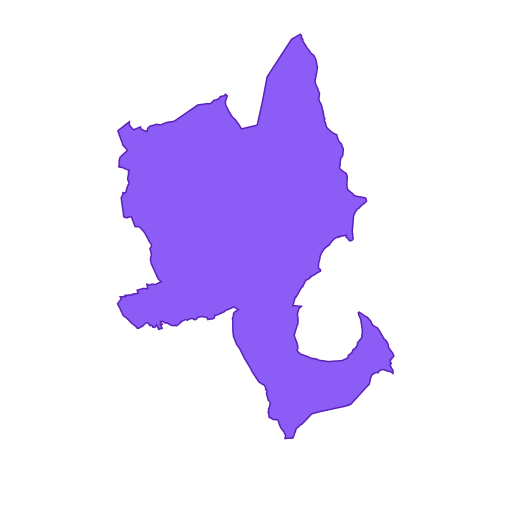 Cojumatlán de Régules, Michoacán, Mexico (Robinson projection), rotated 62°
{"feature_id": "50627088B52611553865920", "entity_name": "Cojumatlán de Régules", "entity_type": "district", "adm_level": 2, "iso_a3": "MEX", "parent_name": "Mexico", "parent_adm1": "Michoacán", "projection": "robinson", "projection_center": [-102.864, 20.109], "detail": "fine", "context": "isolated", "style": "filled", "palette": "violet", "viewbox_px": 512, "rotation_deg": 62, "n_neighbors": 0, "source": "geoboundaries", "source_scale": "gbopen_adm2", "svg_char_len": 6104}
<svg xmlns="http://www.w3.org/2000/svg" viewBox="0 0 512 512"><g transform="rotate(62 256 256)"><path d="M81.0,112.7L81.3,122.8L103.0,162.0L122.9,178.0L141.0,193.5L137.0,209.1L132.3,209.4L126.3,210.2L122.3,211.6L115.9,212.0L108.6,211.9L105.5,210.8L101.2,206.2L98.8,207.1L99.6,208.6L98.5,212.6L99.0,213.9L99.6,214.9L99.5,217.6L98.8,220.0L100.0,224.1L99.9,225.4L98.4,228.0L97.0,232.0L95.3,236.4L98.4,262.9L98.5,265.6L98.0,267.3L96.9,269.9L96.2,272.0L95.7,275.6L95.6,278.7L93.1,281.9L92.7,283.0L92.7,283.9L92.4,285.5L92.1,286.6L91.7,287.4L91.7,289.3L92.0,289.9L91.9,290.2L92.2,291.1L93.6,292.9L95.1,293.7L93.6,295.0L93.1,295.7L89.7,297.9L87.8,297.4L87.1,304.9L82.4,306.1L80.7,306.2L78.0,304.8L80.4,318.4L80.8,319.3L95.5,321.3L95.5,321.5L102.3,319.8L105.0,329.6L106.1,330.8L108.7,332.8L110.8,333.7L111.3,333.6L112.2,335.0L112.9,335.3L115.5,332.1L119.1,329.4L120.8,327.6L122.0,329.3L122.6,329.6L123.4,329.7L126.2,332.1L128.1,333.3L132.4,333.9L132.8,334.4L133.0,335.2L135.4,338.1L138.9,341.2L137.9,343.9L137.7,343.9L137.8,344.1L139.1,344.5L141.3,347.7L159.0,354.2L159.1,353.7L160.2,353.9L161.8,351.8L161.9,351.1L161.5,351.1L162.8,347.6L173.3,349.0L174.4,347.1L175.0,345.6L177.1,344.8L183.1,343.4L190.3,343.3L193.1,343.5L196.5,342.9L198.5,343.8L199.6,346.2L203.4,347.0L206.2,348.0L207.9,349.8L209.7,350.9L211.2,351.4L214.0,352.1L230.3,353.1L234.1,351.8L234.0,358.3L232.5,360.1L231.9,361.2L231.8,362.8L231.9,363.8L230.7,364.5L229.7,365.6L234.0,367.0L231.8,370.6L230.4,377.0L233.6,377.5L231.7,382.9L232.0,383.0L231.8,385.1L231.3,385.3L229.3,390.2L230.6,390.1L228.3,395.1L230.6,395.0L230.7,395.5L233.2,400.7L237.9,400.7L246.3,401.2L247.1,400.9L249.1,399.7L250.1,399.5L251.8,398.8L256.7,397.4L262.1,395.1L264.1,394.7L264.5,394.1L264.8,393.1L264.5,391.9L264.7,389.7L264.6,388.7L264.0,387.0L263.5,385.1L263.6,384.2L264.0,383.2L264.8,382.7L265.9,382.3L266.0,382.6L267.9,382.2L268.2,381.0L268.9,380.2L270.4,380.5L270.6,379.9L271.3,379.4L271.3,378.0L270.7,377.0L270.2,376.6L270.1,376.1L275.2,376.3L275.7,372.8L271.7,372.7L272.4,371.2L272.4,370.8L269.5,371.2L269.5,371.3L269.2,371.4L269.1,371.2L269.6,369.3L272.9,367.4L273.2,366.0L273.6,365.7L276.6,364.1L278.6,362.0L279.3,359.8L280.3,359.3L279.8,355.2L279.2,353.6L279.2,353.1L278.6,352.7L278.9,351.1L278.9,348.6L279.2,347.8L280.5,346.7L280.4,345.6L280.6,342.8L281.8,341.0L282.7,340.7L283.6,340.0L283.7,338.4L282.9,335.8L284.0,332.3L287.3,328.1L289.5,328.4L290.1,326.4L291.0,324.3L291.2,322.1L289.2,320.1L290.0,316.7L290.3,309.7L289.8,308.4L289.7,307.4L290.3,305.7L290.2,304.8L290.5,301.1L290.2,299.7L295.1,296.8L295.4,300.6L295.6,301.8L296.3,303.0L297.9,303.7L300.1,306.1L303.3,307.4L311.3,311.6L316.6,313.7L324.9,314.6L329.9,313.9L340.0,314.2L352.4,313.6L356.5,313.7L366.4,312.8L369.1,312.4L370.4,311.4L371.6,311.0L373.1,309.7L375.5,309.2L376.8,309.4L378.1,310.0L378.9,310.1L380.3,309.5L382.1,311.1L384.0,311.8L384.9,311.8L389.0,312.9L392.0,312.1L392.4,312.2L392.9,312.9L395.1,314.5L397.0,316.8L397.5,317.1L399.0,317.6L399.7,318.8L401.2,318.6L402.0,319.2L403.1,319.5L403.8,320.0L404.5,320.1L405.2,319.5L405.8,319.4L406.0,318.9L406.5,318.6L407.9,318.0L408.4,317.7L409.2,316.3L410.0,315.5L409.9,314.6L411.2,313.6L416.5,314.6L419.9,314.7L424.2,313.9L426.2,314.1L428.2,314.0L429.5,315.0L429.8,315.5L430.9,316.0L431.9,313.0L433.4,310.6L434.0,309.1L433.1,307.6L431.2,305.7L429.1,303.2L427.6,302.0L427.1,300.5L426.9,299.2L426.5,298.1L426.0,296.2L426.1,294.9L424.2,288.7L421.5,280.9L423.5,272.4L430.5,247.6L430.8,245.8L431.2,245.1L430.8,244.7L430.9,243.9L431.4,243.4L431.4,241.9L423.6,220.1L422.5,216.4L420.2,214.2L418.1,212.7L416.0,210.3L415.4,209.3L415.1,207.1L415.1,206.2L415.6,203.8L416.4,203.1L415.5,201.3L415.3,200.5L415.5,198.3L416.1,196.8L420.0,193.3L421.1,191.5L424.0,190.3L423.0,189.6L420.8,188.7L418.9,189.0L417.1,188.9L415.4,188.8L414.5,188.5L414.6,187.1L412.1,186.9L411.3,186.1L410.5,185.9L410.5,184.5L410.1,184.5L409.8,182.7L409.1,181.2L406.1,180.9L399.1,181.9L395.4,180.7L391.9,180.8L389.5,181.8L380.3,182.1L376.5,182.5L372.6,185.1L370.5,185.5L367.5,185.2L362.2,186.5L360.1,188.1L354.0,191.2L354.0,192.2L356.8,193.0L361.1,193.3L370.4,196.5L374.4,198.6L376.4,200.4L377.9,200.7L378.1,202.0L380.3,207.1L382.6,208.7L383.3,210.2L383.8,210.3L384.3,214.4L385.6,215.6L386.3,217.0L386.8,219.0L387.0,221.1L388.7,222.3L389.2,224.4L388.8,226.1L388.8,228.7L387.5,232.2L384.7,238.1L383.9,240.3L382.9,242.1L379.7,246.3L378.3,248.6L377.2,249.6L375.6,250.7L372.0,255.4L368.5,258.1L363.8,262.5L360.0,264.0L358.7,264.0L357.3,262.5L355.2,261.5L352.6,260.7L345.3,259.8L343.8,259.4L337.4,253.1L335.6,250.9L332.9,249.3L330.1,247.9L327.9,247.3L325.8,246.0L322.6,242.8L321.8,239.5L317.1,246.7L310.6,240.5L311.1,239.9L304.8,230.2L305.2,229.5L301.0,223.8L300.8,223.0L301.0,221.2L300.7,218.6L300.0,217.0L299.9,217.1L300.0,213.8L299.6,209.7L299.7,206.3L298.2,205.4L297.4,206.3L295.0,206.1L291.5,203.8L288.4,200.9L286.2,199.4L284.0,196.5L281.7,192.5L280.8,188.1L280.7,186.0L279.8,184.9L278.5,181.8L277.5,178.5L277.6,174.7L277.8,173.4L278.3,173.7L278.3,171.8L278.9,170.5L279.5,167.9L280.2,166.6L281.7,167.6L282.9,166.7L285.9,166.5L287.1,165.4L287.1,163.2L286.1,162.0L278.9,159.2L275.6,156.9L266.6,151.2L264.8,149.1L263.7,147.5L262.2,144.6L262.0,142.2L261.3,140.6L261.1,139.1L260.6,138.2L260.5,136.1L259.5,132.6L256.4,131.9L255.4,132.8L251.1,138.4L249.1,140.6L245.7,141.6L243.0,142.9L240.2,143.8L237.5,143.1L234.6,141.7L229.8,138.7L228.0,137.9L225.3,137.7L222.3,139.4L218.5,141.0L217.1,140.9L215.5,139.1L212.9,137.9L211.2,136.5L209.6,135.4L208.4,132.8L207.0,131.5L202.9,128.9L201.4,128.4L200.2,128.6L197.5,127.9L193.6,128.9L188.8,128.4L186.8,127.8L185.5,128.9L183.9,130.0L181.4,131.3L176.6,133.0L174.7,133.2L171.0,132.1L169.7,132.3L168.0,131.8L166.9,130.6L166.0,130.8L164.3,130.5L162.2,129.6L155.0,127.7L152.6,127.2L149.9,127.4L147.4,127.0L145.8,126.2L144.3,124.9L142.0,123.5L139.2,123.3L136.7,122.8L133.8,122.8L131.8,122.5L129.3,121.8L123.2,116.9L118.2,113.1L115.7,112.5L112.9,111.5L109.3,110.8L105.8,110.8L103.1,112.2L99.2,112.6L96.6,113.2L89.8,113.6L88.7,113.8L88.1,113.8L86.9,113.0L85.8,113.1L85.3,113.9L83.2,112.4L81.0,112.7Z" fill="#8b5cf6" stroke="#5b21b6" stroke-width="1.5"/></g></svg>